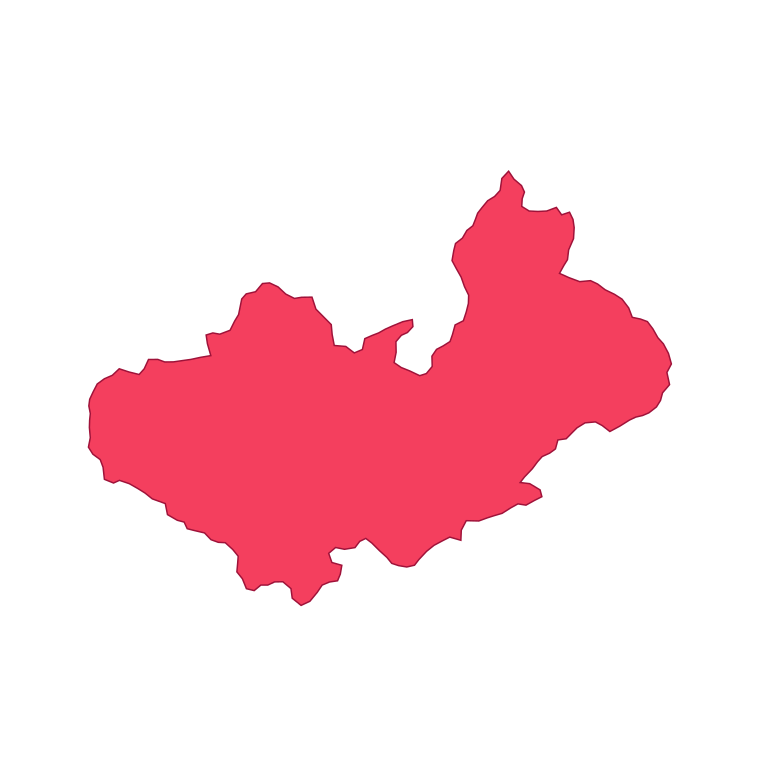 outline of Conceição do Pará, Minas Gerais, Brazil, rotated 122°
{"feature_id": "56859067B72885282662281", "entity_name": "Conceição do Pará", "entity_type": "district", "adm_level": 2, "iso_a3": "BRA", "parent_name": "Brazil", "parent_adm1": "Minas Gerais", "projection": "orthographic", "projection_center": [-44.879, -19.79], "detail": "fine", "context": "isolated", "style": "filled", "palette": "rose", "viewbox_px": 768, "rotation_deg": 122, "n_neighbors": 0, "source": "geoboundaries", "source_scale": "gbopen_adm2", "svg_char_len": 2907}
<svg xmlns="http://www.w3.org/2000/svg" viewBox="0 0 768 768"><g transform="rotate(122 384 384)"><path d="M485.1,250.8L479.0,247.1L475.8,236.0L467.0,241.0L456.3,241.8L449.9,231.0L442.7,225.4L437.4,220.9L431.1,215.3L422.1,211.0L414.7,206.9L411.5,199.4L403.2,194.8L395.9,190.4L391.1,195.5L391.3,207.6L395.4,216.3L388.4,215.6L377.3,213.3L368.7,212.6L361.7,211.4L354.9,206.9L348.2,204.2L339.3,206.9L333.9,200.5L325.4,198.6L318.9,197.1L310.4,192.9L304.1,184.6L303.6,177.0L304.6,167.3L294.8,161.7L284.5,156.7L278.7,153.0L273.7,148.0L268.1,144.1L259.1,140.8L251.4,140.8L243.9,143.1L233.2,141.5L224.3,150.2L214.7,150.9L207.3,159.0L201.9,168.3L199.6,176.3L194.8,185.1L191.5,193.7L193.0,200.9L195.9,208.8L189.8,216.8L185.9,227.1L185.8,236.1L186.9,246.4L186.0,255.8L186.9,263.6L193.5,272.3L195.8,283.6L197.2,293.8L188.1,294.3L181.3,294.3L172.4,298.5L160.3,300.3L150.6,305.6L144.3,310.9L140.0,317.7L146.4,323.0L142.9,331.4L151.1,337.7L156.1,344.9L160.4,352.6L160.4,361.3L153.6,365.0L146.8,366.6L142.9,372.5L141.4,382.4L137.5,391.1L147.2,393.0L158.3,388.1L166.4,389.6L173.6,393.2L182.7,394.4L189.5,395.1L196.0,393.7L202.7,392.5L209.9,395.1L218.7,394.8L226.9,397.8L233.7,395.6L243.3,391.7L247.6,384.2L252.5,375.2L258.8,367.3L263.8,359.3L271.0,355.1L279.4,352.4L288.3,350.2L296.2,355.0L305.9,352.1L313.0,350.5L320.3,354.0L326.8,357.8L335.0,358.1L343.6,352.4L352.7,353.6L358.0,358.1L359.3,369.2L360.9,378.2L360.5,386.8L350.7,390.5L341.8,396.3L333.5,395.1L327.9,391.4L320.0,389.9L314.4,394.1L321.2,401.1L330.3,407.6L336.7,411.9L343.5,415.6L349.1,419.8L355.7,424.3L366.2,420.6L373.4,425.7L372.4,436.3L377.7,446.6L369.5,454.2L361.6,460.2L359.1,470.8L356.6,481.4L348.5,491.1L354.1,499.8L358.9,505.3L359.8,515.0L357.8,525.2L358.9,534.6L363.2,540.3L373.8,541.8L380.6,548.6L387.3,549.7L395.0,546.8L402.2,544.1L409.7,544.0L420.0,543.0L428.8,549.7L431.4,556.2L436.7,560.8L443.4,555.1L451.7,545.9L458.5,553.6L465.4,560.7L470.5,566.8L476.9,574.4L481.5,581.6L483.0,588.8L488.0,596.7L498.2,595.4L505.7,596.7L508.9,606.5L511.4,616.6L520.6,619.0L527.7,623.9L535.9,627.2L544.7,626.5L552.9,625.5L559.0,622.7L564.7,617.4L570.8,614.4L577.0,610.8L585.2,604.6L594.2,601.2L597.8,593.7L598.5,584.6L603.5,578.1L613.0,570.6L611.3,560.9L605.9,557.3L603.5,547.2L603.1,537.4L603.1,529.0L604.2,519.6L601.3,506.1L609.5,498.4L609.1,487.1L607.0,480.3L611.0,474.2L608.8,467.3L605.4,457.3L607.7,448.2L606.1,440.7L602.7,434.5L604.5,424.6L607.3,416.4L613.8,413.0L621.3,409.2L624.2,400.9L630.5,392.2L628.0,384.6L619.8,381.9L616.1,376.0L609.8,371.9L605.3,365.0L606.8,354.5L614.3,348.3L615.7,337.0L607.5,331.7L596.0,330.2L587.3,329.9L580.8,325.3L575.5,319.1L568.4,320.3L560.1,323.7L563.0,333.6L556.9,341.2L548.3,338.4L545.1,329.9L538.1,321.9L530.3,321.2L524.6,317.6L525.3,310.1L527.8,299.2L529.5,289.7L532.0,282.4L530.3,275.4L527.1,267.7L521.5,262.1L514.4,261.4L503.3,259.2L494.3,256.1L485.1,250.8Z" fill="#f43f5e" stroke="#9f1239" stroke-width="1.5"/></g></svg>